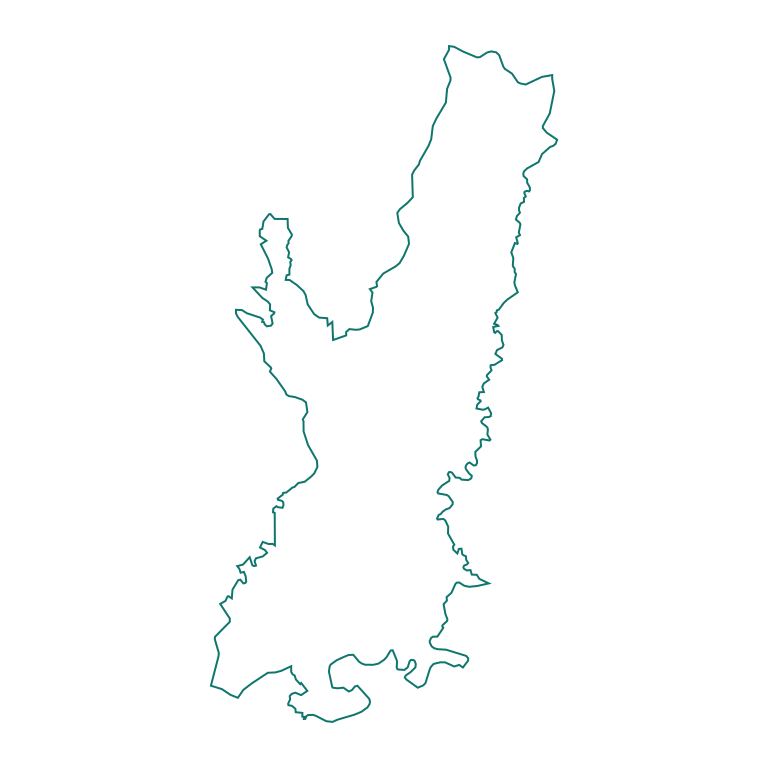 Binh Xuyen, Vĩnh Phúc, Vietnam (orthographic projection)
{"feature_id": "81297802B29926011513196", "entity_name": "Binh Xuyen", "entity_type": "district", "adm_level": 2, "iso_a3": "VNM", "parent_name": "Vietnam", "parent_adm1": "Vĩnh Phúc", "projection": "orthographic", "projection_center": [105.671, 21.329], "detail": "fine", "context": "isolated", "style": "outline", "palette": "teal", "viewbox_px": 768, "rotation_deg": 0, "n_neighbors": 0, "source": "geoboundaries", "source_scale": "gbopen_adm2", "svg_char_len": 6102}
<svg xmlns="http://www.w3.org/2000/svg" viewBox="0 0 768 768"><path d="M520.5,83.5L517.8,82.2L512.0,73.6L505.0,69.0L503.4,66.8L499.2,55.2L496.2,52.3L491.2,51.4L486.9,52.6L480.0,57.1L477.0,57.4L463.2,51.6L454.1,46.8L449.0,46.1L449.1,49.7L443.9,59.2L450.6,77.7L450.4,80.7L447.1,88.8L445.9,102.5L436.4,118.5L432.8,126.0L431.2,139.3L428.4,146.1L420.0,160.7L418.8,164.6L414.4,170.2L412.1,174.6L412.8,197.2L407.7,202.7L400.0,209.1L397.3,212.9L398.9,223.0L403.4,230.7L408.2,236.6L409.0,243.9L404.0,255.6L399.6,263.1L395.9,266.2L383.2,273.6L376.4,282.0L377.1,286.1L376.5,286.8L369.9,289.1L372.5,292.6L371.2,301.1L373.0,307.8L372.8,312.6L367.8,326.1L359.8,329.4L356.0,329.8L349.4,329.1L346.1,332.0L346.2,335.4L333.1,340.0L332.3,322.0L327.8,325.5L327.2,318.2L319.2,317.6L314.2,314.2L307.7,304.4L305.6,295.0L303.4,291.0L296.7,284.9L289.6,280.0L285.7,279.9L286.6,275.3L289.4,274.6L289.4,268.7L290.7,265.2L290.2,262.1L291.6,260.2L291.2,259.2L288.1,257.3L289.1,252.3L286.7,247.5L287.0,245.5L288.6,243.2L288.4,240.9L291.6,236.2L291.9,234.6L287.9,227.8L287.6,219.0L274.6,218.9L270.3,214.0L269.1,214.2L263.5,221.5L262.3,228.9L260.1,229.5L259.7,230.8L259.8,236.3L266.4,240.7L260.8,244.3L268.0,258.5L271.7,269.2L272.3,272.8L266.7,277.9L265.5,281.8L266.9,283.0L266.0,289.7L259.5,287.4L252.5,287.4L262.3,297.9L267.7,301.5L270.1,304.3L269.9,310.3L274.4,312.3L274.0,313.6L271.1,316.0L272.6,323.6L270.9,325.7L266.9,326.3L264.7,324.4L263.9,322.1L262.2,321.9L262.9,319.6L260.1,317.6L246.8,313.2L242.0,310.1L236.0,309.8L236.0,313.4L237.6,316.7L260.6,345.9L263.9,353.5L264.3,361.3L270.8,367.4L271.3,368.3L269.9,371.6L276.5,379.0L285.2,391.4L286.4,394.5L288.9,396.1L294.7,397.0L302.4,399.7L306.0,402.4L307.4,412.1L302.8,419.4L303.5,421.2L303.6,431.4L308.0,445.0L316.9,460.6L317.4,467.0L314.2,473.5L311.0,476.7L304.6,481.8L298.3,483.0L294.4,487.0L292.5,487.5L286.4,492.5L283.1,492.9L282.7,494.7L277.6,498.6L278.0,499.8L281.8,500.8L283.2,502.2L283.5,504.9L282.5,507.8L277.8,507.2L276.4,506.2L273.3,508.6L273.0,512.3L274.7,512.8L274.9,545.4L272.7,543.9L268.5,544.0L262.7,541.9L260.0,547.5L264.9,550.0L267.1,552.8L262.8,556.4L256.0,558.3L254.6,561.0L256.0,565.6L254.2,566.1L252.4,565.3L249.7,557.2L243.0,564.6L237.2,566.1L239.3,568.7L240.6,572.7L243.9,571.9L245.7,576.4L246.2,581.8L245.4,582.9L243.4,583.4L240.4,579.7L238.2,580.2L232.5,589.6L231.8,598.4L228.7,596.3L227.6,596.4L225.4,601.0L220.2,603.9L229.8,618.5L229.8,621.8L214.9,636.9L214.9,639.5L218.8,652.9L218.5,656.4L210.9,685.7L221.9,689.1L230.6,694.9L237.9,697.8L243.3,689.9L251.9,683.3L267.8,672.8L275.4,672.4L281.4,670.8L291.2,666.2L291.2,671.9L292.6,674.3L294.7,675.6L295.9,679.5L300.2,684.2L301.2,683.0L307.3,690.9L301.1,695.1L295.3,692.7L291.7,693.9L289.7,696.1L290.1,699.4L288.2,703.6L288.4,705.2L291.9,705.8L295.4,708.8L295.7,712.2L302.4,712.9L302.3,716.6L304.1,716.8L303.8,719.0L305.3,718.9L306.4,716.1L308.1,715.0L312.8,714.9L315.6,715.7L326.3,721.2L332.5,721.9L337.7,719.6L354.1,714.8L361.2,711.9L367.5,707.4L369.6,704.0L370.0,701.8L369.3,698.9L357.5,685.8L355.0,686.4L351.9,690.1L348.9,691.5L343.4,687.7L337.7,688.3L332.9,687.7L332.2,686.9L328.9,671.5L329.7,666.3L330.6,664.6L336.7,660.2L344.4,656.7L348.6,655.0L353.3,654.8L359.1,661.8L362.0,663.6L365.0,664.7L373.3,664.8L378.5,663.6L384.1,659.8L386.6,657.1L390.6,650.5L392.7,650.3L396.6,659.9L397.1,661.7L396.7,667.2L397.2,668.8L398.2,669.5L404.5,669.9L407.7,667.4L409.7,661.1L411.1,659.9L413.8,660.1L414.8,661.2L415.8,664.1L415.4,667.4L410.5,672.2L405.7,675.5L404.8,677.5L406.2,679.4L417.8,687.7L423.4,685.3L425.5,683.0L429.7,669.5L430.9,666.8L433.7,663.9L440.3,662.3L445.0,662.3L454.2,666.5L459.2,664.9L462.9,667.5L468.1,660.7L468.2,658.3L466.2,655.9L446.1,649.7L437.7,649.2L434.1,648.2L431.6,646.3L429.8,642.7L429.7,641.1L431.0,638.1L432.9,636.7L437.4,636.6L443.3,627.8L442.2,626.3L442.7,625.0L447.1,621.0L447.4,619.2L445.4,614.0L443.6,604.2L446.9,600.6L446.6,597.1L451.4,592.9L455.4,584.0L456.6,582.7L459.2,582.5L464.2,585.7L469.1,586.8L477.2,586.0L488.8,583.4L479.4,578.9L476.8,574.8L471.8,574.6L470.5,570.1L466.6,570.4L463.8,568.6L463.4,567.1L464.2,565.5L467.0,564.4L468.2,563.0L466.2,559.8L465.9,556.3L463.2,555.1L462.2,553.9L461.5,548.7L458.9,548.9L457.4,553.5L453.4,549.8L453.0,546.5L454.3,544.7L448.0,533.5L448.2,526.7L445.3,520.4L443.3,518.9L437.7,519.5L437.0,518.6L438.8,514.8L440.6,514.2L442.6,511.7L445.9,509.4L449.5,508.1L452.5,504.5L452.8,502.1L448.7,496.2L446.9,495.0L438.1,493.4L437.5,492.2L438.4,489.6L442.2,485.4L449.2,480.9L449.6,478.1L447.8,474.3L448.9,472.2L450.7,472.0L452.3,473.0L455.6,477.5L459.7,477.9L461.5,479.6L468.3,480.1L471.3,478.3L471.8,475.8L469.2,473.6L465.9,469.1L465.5,467.0L466.1,465.4L467.5,463.5L469.6,462.5L473.7,465.5L475.9,465.2L477.0,463.1L477.0,460.5L475.5,456.4L475.3,451.9L481.0,446.4L480.6,440.2L482.4,439.2L489.4,440.5L490.4,439.7L487.4,434.6L487.9,429.4L487.3,427.3L481.9,423.0L481.2,421.3L484.6,417.3L488.9,417.0L490.7,416.2L491.1,413.2L488.1,407.6L484.8,409.4L482.6,409.7L476.5,408.5L477.2,404.7L480.7,401.2L480.5,400.4L477.9,399.2L477.5,398.2L478.5,396.6L479.3,392.3L483.9,392.0L482.3,386.9L483.8,383.4L489.2,379.7L486.8,376.4L486.9,375.2L491.5,370.4L490.5,367.3L490.7,365.2L494.5,364.8L502.1,360.1L501.8,358.6L495.4,354.0L497.0,350.1L502.4,347.4L503.5,344.9L501.9,340.5L501.7,334.9L498.0,331.1L497.0,331.1L495.1,332.9L494.2,332.2L493.2,327.0L498.4,325.9L497.5,324.9L494.1,323.8L497.6,317.6L495.3,313.0L496.7,312.0L496.9,310.3L498.8,309.7L503.7,303.0L507.3,299.6L517.8,292.3L514.8,285.0L514.4,282.2L516.0,274.0L514.7,272.2L514.7,268.8L512.8,266.0L513.3,258.0L511.3,252.4L514.9,243.0L517.3,243.9L517.8,243.3L516.2,237.3L520.0,235.1L518.8,232.7L520.4,224.3L519.6,222.6L515.9,219.6L516.9,216.1L519.9,212.8L519.0,210.0L519.1,207.4L520.7,203.5L524.0,201.9L523.9,198.0L525.8,196.5L524.3,193.0L524.6,191.8L526.6,190.9L529.2,191.4L530.0,189.9L529.7,187.1L527.2,182.8L527.1,179.3L523.6,176.1L523.3,173.5L524.0,171.4L527.3,168.3L538.6,162.0L542.0,154.1L550.2,146.9L553.1,145.9L555.6,143.9L557.1,139.7L546.9,132.8L542.9,128.1L542.8,126.1L549.7,113.6L554.3,91.0L552.2,78.9L552.2,75.1L541.9,76.9L525.7,84.5L520.5,83.5Z" fill="none" stroke="#0f766e" stroke-width="2"/></svg>